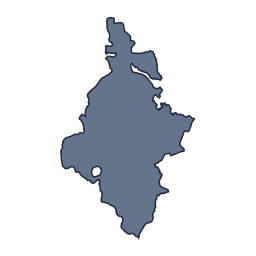 outline of Faradje, Orientale, Democratic Republic of the Congo, rotated 183°
{"feature_id": "63176286B94121502354965", "entity_name": "Faradje", "entity_type": "district", "adm_level": 2, "iso_a3": "COD", "parent_name": "Democratic Republic of the Congo", "parent_adm1": "Orientale", "projection": "robinson", "projection_center": [29.876, 3.486], "detail": "fine", "context": "isolated", "style": "filled", "palette": "slate", "viewbox_px": 256, "rotation_deg": 183, "n_neighbors": 0, "source": "geoboundaries", "source_scale": "gbopen_adm2", "svg_char_len": 5824}
<svg xmlns="http://www.w3.org/2000/svg" viewBox="0 0 256 256"><g transform="rotate(183 128 128)"><path d="M189.8,114.8L192.4,111.2L192.3,109.4L192.8,107.9L192.8,107.0L192.1,105.4L193.9,101.8L193.0,94.1L191.3,86.6L188.2,84.0L185.2,84.9L182.3,86.6L180.3,86.1L179.5,85.3L177.9,81.3L176.3,81.3L175.1,81.9L172.4,78.4L169.5,76.3L167.8,75.5L166.1,73.8L163.0,73.5L162.4,72.1L160.3,70.9L159.7,71.0L159.0,71.4L156.3,74.0L154.8,74.5L153.5,74.5L153.4,73.1L154.0,70.3L153.0,69.1L152.3,63.8L150.4,62.0L150.5,58.9L151.1,54.5L149.9,52.6L148.5,52.7L145.6,52.1L143.5,51.4L141.7,50.2L138.0,48.8L136.0,46.6L135.1,42.3L133.7,40.2L132.6,39.6L129.6,38.9L128.6,37.4L128.3,34.5L129.5,31.9L129.6,28.3L127.5,26.5L126.3,25.0L122.7,22.5L120.9,22.2L117.4,23.0L115.6,21.6L115.2,20.8L113.7,19.9L112.9,20.0L112.2,19.6L111.6,18.7L111.0,22.4L110.8,23.4L109.7,25.2L108.6,27.9L107.5,29.3L106.6,31.5L104.4,33.9L103.6,34.1L103.3,34.5L102.0,34.5L100.9,35.1L99.4,36.1L98.8,37.3L98.1,39.9L98.5,40.7L98.8,43.0L97.9,45.6L97.0,46.3L96.9,46.6L97.5,47.8L97.4,48.2L97.0,48.6L96.3,50.8L96.7,53.1L96.7,56.6L96.4,57.6L95.8,58.5L95.6,61.0L95.4,61.7L95.0,62.1L94.6,62.1L94.2,61.9L93.8,62.0L92.8,63.5L91.0,64.7L90.7,64.7L90.2,64.2L89.4,64.6L88.5,64.5L86.8,65.6L84.3,66.4L84.4,67.5L84.9,68.4L90.1,70.2L92.3,71.4L93.5,73.1L94.0,76.9L91.5,82.8L91.8,83.4L92.6,83.7L92.8,84.7L93.1,84.9L93.8,84.8L94.3,85.3L93.9,86.9L94.0,87.2L94.7,87.5L95.0,88.5L95.9,89.6L96.0,90.4L96.2,90.6L97.0,90.5L98.5,90.7L98.7,91.0L98.7,91.8L98.9,92.3L99.2,92.5L99.5,93.2L97.5,94.1L92.6,97.8L90.8,102.0L89.7,103.8L85.2,105.0L84.1,103.6L83.7,102.6L80.0,104.2L75.4,106.5L71.7,107.8L71.0,107.8L70.8,108.9L71.1,110.0L71.6,110.7L73.5,111.7L73.8,112.1L74.1,112.9L74.6,113.1L75.3,113.7L75.5,115.6L74.9,116.5L75.0,117.3L74.8,118.0L74.9,118.5L74.2,119.5L73.4,121.6L72.5,124.7L72.3,126.4L70.9,128.0L70.1,128.3L68.4,127.6L67.5,127.7L67.0,128.4L65.2,133.4L64.5,136.8L63.9,138.2L62.1,140.4L62.7,141.0L63.3,141.1L64.0,140.9L64.5,141.1L65.1,141.7L67.3,143.5L67.9,143.4L68.9,142.6L69.6,142.6L70.1,142.1L70.6,141.9L72.9,142.9L74.1,144.0L75.6,144.3L80.2,144.2L80.5,144.5L80.5,145.3L81.0,145.6L82.1,145.6L83.0,145.1L83.3,144.7L83.0,144.0L83.2,143.5L83.6,143.7L83.9,144.6L84.2,144.6L84.5,144.1L85.0,144.2L85.7,145.0L86.0,146.1L86.4,146.6L86.5,148.2L86.2,148.5L86.0,149.4L86.2,150.0L86.9,150.1L88.2,152.8L88.6,153.2L89.7,153.4L90.5,152.5L91.0,152.5L91.6,153.4L92.0,153.4L92.3,153.6L92.5,154.1L92.3,154.8L92.5,155.0L93.4,154.2L94.1,154.3L94.1,153.8L94.4,153.3L94.8,153.2L95.1,153.4L95.4,154.3L95.8,154.6L96.3,154.6L96.5,154.3L95.9,153.4L95.8,153.0L96.4,152.6L96.2,152.3L95.3,152.1L94.4,151.4L95.6,149.9L96.5,149.8L96.8,149.5L96.7,149.1L96.9,148.6L98.1,148.9L98.2,148.5L97.8,147.8L98.0,147.5L98.8,147.5L100.4,149.0L101.1,150.4L100.9,151.5L100.4,151.7L100.1,152.3L100.4,152.7L101.2,153.3L101.3,153.9L102.1,154.1L102.5,154.8L103.0,154.9L103.4,155.6L103.2,156.3L104.7,156.2L104.9,156.5L104.9,157.0L104.4,158.1L104.7,158.9L104.0,160.1L103.7,161.4L102.1,162.9L101.1,161.7L99.7,160.5L98.1,159.8L97.5,161.2L97.8,162.4L98.4,163.2L98.0,164.0L97.5,164.4L97.2,165.0L96.6,165.5L96.1,167.1L95.6,167.6L98.1,170.5L100.0,169.0L102.4,168.9L104.5,169.9L106.2,173.1L109.1,176.0L110.2,177.6L111.6,179.0L113.4,180.7L115.6,181.8L117.1,182.3L119.6,183.0L126.5,184.3L126.9,184.9L127.4,186.7L128.6,190.1L128.7,191.3L128.3,191.9L128.1,192.2L127.0,192.7L126.5,191.1L126.1,190.5L125.3,190.4L125.0,189.9L124.5,189.9L123.9,188.7L123.6,188.7L123.1,189.0L122.0,188.9L120.9,187.6L120.7,186.7L119.3,186.4L118.5,185.8L118.1,185.7L117.7,186.0L117.4,186.0L116.6,185.1L116.0,185.1L115.1,184.9L113.9,184.4L113.2,184.5L111.9,183.9L110.3,182.4L107.6,178.8L106.3,178.7L105.7,178.2L105.1,178.2L104.7,178.8L104.1,178.9L103.7,178.5L103.1,178.4L102.8,178.2L102.5,178.1L102.2,178.3L100.8,178.3L99.0,177.7L97.9,177.7L98.0,178.4L97.7,178.8L97.6,179.2L96.9,179.1L96.8,179.7L97.0,180.2L97.5,180.7L97.6,181.6L98.4,181.9L99.6,183.5L100.1,183.7L100.3,184.4L101.2,185.2L101.6,186.3L101.7,187.8L102.3,189.2L102.0,190.2L102.2,192.2L102.7,194.8L103.4,196.0L103.4,196.6L103.0,197.1L103.6,198.5L104.1,198.9L105.1,200.8L105.9,203.4L107.2,205.4L107.7,205.7L109.2,205.8L109.7,206.3L112.2,204.8L113.4,204.9L120.1,203.0L127.7,203.1L128.5,203.9L128.7,205.0L128.7,208.2L127.4,210.3L126.0,211.7L125.5,213.1L126.6,214.9L130.0,215.6L130.2,219.2L130.8,220.0L131.6,220.9L136.7,224.8L137.9,230.6L138.7,232.2L140.7,232.9L147.3,231.8L147.6,233.1L147.4,233.6L147.4,235.0L147.8,236.9L151.6,237.3L154.2,236.3L154.7,234.9L154.2,227.0L152.9,223.2L151.7,222.1L151.0,218.8L151.7,215.1L150.8,213.3L149.1,212.5L147.8,210.9L148.1,209.6L149.0,209.0L151.2,208.8L153.8,209.2L154.7,208.2L154.2,205.8L154.4,201.9L153.4,200.8L153.1,200.8L152.9,201.1L152.7,202.5L149.7,201.7L148.5,201.7L147.2,202.1L145.6,201.6L144.8,201.6L144.1,202.1L143.8,201.2L144.0,200.0L144.4,199.3L145.8,198.3L147.5,198.2L149.7,198.7L152.1,198.5L153.9,196.3L150.6,193.3L150.3,191.3L149.2,188.3L149.1,187.0L148.9,186.6L148.1,186.3L147.4,185.6L146.8,183.9L150.1,180.4L156.9,176.2L158.6,173.9L159.8,171.7L161.9,168.5L163.1,167.0L167.6,163.0L169.5,160.5L170.3,159.1L170.0,158.5L169.7,156.8L168.6,154.5L168.5,153.6L168.9,152.4L168.9,151.5L168.5,150.3L167.9,150.0L168.5,148.5L169.4,147.8L169.8,147.7L171.3,143.6L171.4,140.7L171.1,137.5L172.3,138.3L174.3,138.9L174.8,139.3L175.3,138.7L175.9,137.3L176.5,136.9L177.0,135.8L177.1,134.5L175.7,133.6L174.9,132.8L174.1,131.5L173.0,129.1L171.9,126.1L172.1,125.5L172.1,124.6L171.5,122.2L171.7,121.4L172.1,120.8L172.9,120.4L173.7,120.3L174.8,120.7L175.6,120.7L176.6,120.1L178.0,118.8L180.1,118.9L180.6,119.1L184.6,116.7L189.8,114.8ZM155.2,79.0L155.5,78.4L156.8,78.2L158.4,77.4L159.6,77.6L160.4,78.0L161.2,78.9L161.7,79.9L162.1,81.3L162.1,82.8L161.3,85.6L160.2,86.7L159.2,87.4L155.9,88.1L154.8,87.7L153.1,86.3L152.4,83.8L152.7,81.0L153.8,79.6L155.2,79.0Z" fill="#64748b" stroke="#1e293b" stroke-width="1.5"/></g></svg>